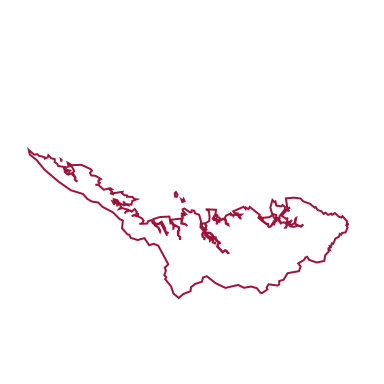 the district of Chimán, Panama, rotated 139°
{"feature_id": "35544464B77080496682008", "entity_name": "Chimán", "entity_type": "district", "adm_level": 2, "iso_a3": "PAN", "parent_name": "Panama", "parent_adm1": "", "projection": "robinson", "projection_center": [-78.645, 8.659], "detail": "fine", "context": "isolated", "style": "outline", "palette": "rose", "viewbox_px": 384, "rotation_deg": 139, "n_neighbors": 0, "source": "geoboundaries", "source_scale": "gbopen_adm2", "svg_char_len": 6098}
<svg xmlns="http://www.w3.org/2000/svg" viewBox="0 0 384 384"><g transform="rotate(139 192 192)"><path d="M271.5,120.7L265.6,120.7L258.2,118.1L255.2,120.8L250.1,120.6L243.4,117.8L239.7,120.3L236.1,118.7L234.0,107.7L229.7,97.7L218.2,91.6L215.6,85.6L209.3,81.8L206.1,76.7L206.5,71.3L205.4,69.8L199.0,69.0L198.3,71.0L194.8,72.1L188.6,65.1L186.7,65.1L184.6,67.6L180.5,65.7L173.1,68.0L163.2,62.1L158.9,64.5L158.7,68.4L151.8,67.2L149.5,68.2L147.6,67.5L148.1,63.9L144.2,57.0L137.4,53.2L132.9,56.9L127.9,57.3L126.7,59.1L126.0,57.9L125.5,59.9L123.6,59.3L123.5,60.9L122.1,60.1L120.2,61.5L119.5,60.3L114.1,62.8L110.4,61.8L108.0,63.4L107.3,61.9L105.6,62.7L102.7,60.8L97.9,63.1L97.4,65.6L94.7,64.8L96.2,66.1L94.2,68.1L94.3,75.1L95.8,74.7L97.3,76.7L98.0,82.4L101.2,82.8L101.2,84.5L104.3,85.4L104.8,88.8L107.0,89.0L107.1,92.8L109.0,96.0L108.5,99.5L109.7,99.6L110.7,105.7L114.3,112.1L114.3,115.8L118.6,120.7L125.3,125.6L130.7,117.2L128.2,115.9L131.7,116.5L130.8,113.7L132.8,116.1L139.9,115.2L138.6,110.1L136.4,109.3L138.6,109.7L139.1,105.3L134.9,105.2L138.9,104.5L138.9,102.0L134.9,101.2L131.4,104.1L130.5,104.0L135.0,100.4L132.9,95.2L129.3,94.4L132.5,94.3L134.1,97.2L137.9,98.8L140.3,101.5L140.8,108.1L141.9,104.5L144.5,103.5L145.0,103.9L142.3,104.6L141.7,106.3L142.4,108.7L145.1,110.2L144.8,111.8L145.5,111.0L145.2,115.1L147.2,115.5L148.0,113.8L147.7,115.4L148.8,115.5L152.0,112.9L149.4,115.5L156.2,114.1L147.3,116.8L146.4,121.7L150.3,122.3L155.6,126.2L157.4,123.7L156.6,119.0L155.4,118.0L156.9,115.8L156.3,114.4L157.0,115.1L157.0,116.3L155.7,117.7L156.9,118.8L158.0,123.8L156.3,128.1L157.5,129.1L158.5,127.1L158.8,128.9L155.9,130.3L158.2,142.9L160.6,142.0L161.6,145.0L162.7,144.1L162.8,147.0L173.6,150.4L173.6,147.8L170.8,145.3L173.7,147.2L173.8,146.1L169.5,142.5L172.6,142.6L172.4,140.7L172.9,139.5L173.0,142.3L171.9,143.5L174.0,145.8L174.1,147.8L176.5,146.7L176.8,150.3L177.8,149.5L177.9,150.7L181.6,151.8L184.3,150.9L185.1,147.9L186.7,146.2L185.6,144.1L186.3,143.0L187.3,146.0L185.4,148.4L186.0,151.5L187.9,151.6L188.4,155.2L189.8,156.4L188.1,157.6L188.4,159.3L192.6,158.0L190.8,153.4L189.7,153.3L190.9,153.0L189.7,152.7L189.3,151.9L191.5,152.6L190.3,150.9L192.6,152.8L194.8,151.3L191.4,154.3L193.9,156.5L193.7,158.4L188.9,159.9L185.5,162.8L192.9,169.9L191.7,166.6L195.4,161.3L197.9,158.9L203.0,159.6L203.2,157.0L206.4,155.0L205.2,153.3L206.6,155.1L203.4,157.2L203.2,160.2L204.7,161.4L207.0,160.2L206.8,156.2L208.1,151.9L206.4,150.8L205.0,149.1L204.6,146.8L205.1,143.6L203.2,141.5L205.3,143.4L205.2,148.9L208.1,150.9L209.0,148.8L204.5,140.4L205.2,138.3L204.2,136.3L204.4,134.1L204.5,136.5L208.4,134.2L208.0,128.7L208.4,126.6L208.0,126.2L205.7,126.6L205.1,126.3L204.4,125.1L204.8,122.3L203.6,121.6L205.0,122.2L205.2,126.2L208.5,126.2L208.9,134.3L204.8,136.7L205.8,139.2L205.1,140.8L210.0,149.0L207.3,142.1L209.1,140.0L207.9,138.3L208.6,137.1L208.1,138.4L209.5,140.3L207.6,142.5L209.3,144.1L210.0,143.4L210.4,143.4L209.5,144.7L210.4,150.7L209.0,153.8L211.5,153.7L213.0,151.2L212.6,148.8L214.4,147.9L212.8,149.0L213.4,151.1L212.1,153.6L208.8,154.4L208.7,159.9L204.6,163.8L201.5,170.1L203.7,174.0L202.5,176.3L204.3,178.4L205.4,177.2L206.8,177.8L208.6,184.6L210.3,185.1L211.3,184.0L211.2,179.7L214.3,183.0L213.3,179.6L215.4,180.5L215.7,178.7L220.4,175.6L218.1,172.3L217.8,169.3L218.2,172.0L220.8,175.2L217.3,178.8L226.4,185.1L227.1,179.6L224.9,173.6L226.9,171.4L228.1,171.6L229.0,170.0L231.0,168.2L230.3,165.9L232.5,163.7L230.6,166.3L231.1,168.5L228.3,171.8L226.8,171.8L225.2,174.3L227.6,178.5L231.0,175.8L227.9,178.8L227.8,182.1L228.8,182.5L225.2,188.3L232.7,194.2L239.0,196.9L240.4,194.3L240.0,192.0L238.4,190.1L234.7,189.6L235.5,188.6L234.6,188.4L236.0,182.4L238.1,179.3L236.5,176.4L238.4,178.6L239.4,175.3L236.0,188.5L241.4,191.5L240.6,186.5L241.4,183.5L242.2,183.0L240.8,187.6L242.0,191.1L241.5,193.9L242.8,194.8L241.5,194.6L241.1,197.4L244.3,198.7L246.5,197.6L252.7,202.5L250.8,201.2L247.4,202.0L247.0,204.5L248.6,209.0L249.8,210.0L250.4,212.0L253.4,213.3L250.3,212.5L248.6,209.6L247.1,210.7L247.8,212.7L246.7,213.2L246.4,216.8L250.4,216.7L250.8,218.6L254.4,220.4L257.0,220.1L252.0,220.8L255.3,225.7L257.9,226.9L255.3,227.3L254.7,230.1L256.0,231.0L254.7,230.6L255.6,231.8L257.8,230.2L256.1,232.6L257.6,235.2L258.9,233.3L258.1,237.1L255.3,232.8L254.6,234.1L256.1,237.3L255.8,237.9L253.6,234.6L254.2,232.0L252.3,226.7L250.9,226.1L252.0,227.8L250.5,226.8L250.1,230.1L250.1,225.8L248.8,223.8L248.5,224.9L246.0,222.2L242.9,224.4L238.6,222.8L240.0,224.5L240.2,227.4L244.1,231.0L243.2,231.9L245.1,233.9L245.6,237.0L244.3,237.7L252.3,242.8L253.1,242.1L254.2,244.0L252.1,244.8L252.5,247.8L250.7,246.7L251.2,248.6L257.1,251.6L258.1,259.0L260.3,260.8L257.6,259.0L255.5,259.4L256.0,261.2L255.0,262.1L252.3,261.5L254.2,267.5L257.2,270.6L256.5,273.4L253.5,273.8L253.5,275.8L257.6,285.0L265.2,291.2L266.7,295.6L268.4,292.2L265.9,290.9L266.6,287.0L267.4,285.0L269.7,284.6L270.4,279.3L272.2,278.2L271.9,277.4L272.2,276.5L271.8,276.0L271.9,275.8L272.0,275.8L272.3,276.5L272.3,278.5L270.7,279.4L270.9,285.3L273.2,286.0L272.1,287.0L274.5,287.3L274.8,290.3L270.4,288.6L272.1,291.3L273.9,291.6L273.2,293.7L270.5,292.9L276.0,299.5L275.2,301.4L276.0,304.6L274.0,307.0L276.1,309.7L276.3,314.0L278.1,312.8L281.2,313.8L280.5,315.0L283.8,320.0L283.8,321.9L286.6,323.7L287.6,330.8L289.8,326.7L288.3,317.8L288.7,305.7L285.9,287.4L282.3,272.8L275.6,262.1L275.5,255.3L273.8,250.5L269.7,245.6L269.3,239.6L265.0,228.5L264.4,219.1L262.9,215.8L268.6,210.5L268.5,202.3L267.3,200.8L268.4,197.7L264.5,191.4L258.2,188.4L259.2,180.0L254.9,178.0L252.7,173.7L257.3,153.0L262.3,152.7L263.2,149.8L267.5,147.4L267.2,144.7L269.4,143.9L269.7,134.5L272.6,127.6L271.5,120.7ZM145.9,122.8L143.5,119.5L145.5,117.5L144.9,115.3L143.5,114.3L144.9,117.0L143.1,114.8L141.8,116.3L133.0,118.0L131.6,119.6L132.2,122.8L134.1,122.6L137.3,126.4L135.3,130.2L136.5,130.4L136.5,133.2L143.1,128.9L145.9,122.8ZM207.8,199.6L206.7,198.4L204.8,199.3L204.1,202.5L205.8,202.5L207.8,199.6ZM205.9,190.9L203.7,189.9L202.9,192.2L204.5,191.4L204.9,193.3L205.9,190.9ZM269.5,302.8L270.3,301.4L270.1,301.2L269.3,301.9L269.5,302.8Z" fill="none" stroke="#9f1239" stroke-width="2"/></g></svg>